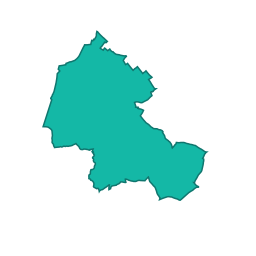 Iclod, Cluj, Romania, rotated 119°
{"feature_id": "2599482B98447640096119", "entity_name": "Iclod", "entity_type": "district", "adm_level": 2, "iso_a3": "ROU", "parent_name": "Romania", "parent_adm1": "Cluj", "projection": "natural_earth1", "projection_center": [23.813, 47.003], "detail": "fine", "context": "isolated", "style": "filled", "palette": "teal", "viewbox_px": 256, "rotation_deg": 119, "n_neighbors": 0, "source": "geoboundaries", "source_scale": "gbopen_adm2", "svg_char_len": 5766}
<svg xmlns="http://www.w3.org/2000/svg" viewBox="0 0 256 256"><g transform="rotate(119 128 128)"><path d="M168.0,202.9L167.0,200.9L166.7,200.5L166.0,198.4L166.0,197.5L166.3,195.2L166.7,194.1L167.0,193.4L167.9,192.7L171.3,190.4L173.7,189.6L174.4,189.2L175.0,188.6L175.9,188.1L177.3,187.5L177.8,186.9L178.1,186.0L178.4,185.5L178.7,185.1L179.7,184.3L180.3,183.1L180.7,182.8L178.4,179.6L178.2,179.1L177.0,178.0L176.9,177.1L176.5,176.4L175.5,175.7L175.0,175.3L174.8,174.8L174.6,173.9L173.7,173.0L173.4,172.5L173.3,171.9L173.0,171.4L172.0,170.3L171.7,169.8L170.4,168.4L168.7,167.4L168.2,166.9L168.1,166.7L166.8,166.0L167.3,164.9L168.0,162.1L168.5,161.3L169.0,160.7L169.5,159.7L169.6,159.2L169.6,158.8L169.1,157.6L168.7,157.0L168.1,156.7L167.8,156.3L167.1,154.9L167.0,154.4L166.7,153.9L166.7,153.4L166.3,152.8L166.3,152.0L166.0,151.0L165.9,150.7L165.3,150.9L163.3,148.3L165.7,147.9L165.9,147.8L165.9,147.4L165.7,146.8L165.8,146.6L166.1,146.5L166.4,146.7L166.5,147.3L166.9,146.7L166.7,146.1L167.2,145.5L167.4,145.5L167.7,145.2L167.7,144.9L168.1,144.6L168.1,144.4L169.2,144.2L170.7,144.7L171.3,144.5L171.5,144.3L171.6,143.5L171.8,143.2L172.2,142.8L173.3,142.5L173.8,142.0L174.2,141.4L174.3,141.1L174.3,140.2L174.4,139.9L174.7,139.5L175.6,139.0L176.3,138.9L177.7,138.9L179.1,138.2L180.1,138.2L180.6,138.4L181.5,138.9L182.0,139.6L182.1,139.9L182.3,140.1L182.5,140.2L184.1,139.8L184.7,139.6L185.9,138.9L186.4,138.7L186.8,138.8L187.4,139.2L187.6,139.3L188.7,139.1L189.8,138.5L190.2,138.1L190.9,137.9L191.1,137.8L191.3,137.5L191.2,137.0L191.0,136.5L191.0,136.0L191.7,135.4L191.7,135.1L191.6,134.6L191.5,134.0L191.6,133.2L192.1,132.1L192.7,131.3L193.0,131.0L194.3,130.3L195.8,129.9L196.1,129.6L196.3,129.0L196.3,128.3L196.2,127.6L196.3,126.8L196.3,126.0L196.0,125.6L195.3,125.1L195.3,124.9L195.5,124.3L196.2,123.4L197.4,122.4L196.8,122.4L196.1,122.1L196.0,121.9L195.3,121.6L194.9,121.3L194.4,120.6L194.2,120.4L190.9,118.9L191.1,118.9L190.3,118.5L187.1,117.1L186.8,116.7L189.6,115.7L190.3,115.3L191.1,114.8L189.5,113.8L188.9,114.1L188.4,114.2L187.4,114.2L186.6,113.9L186.0,113.4L183.7,110.5L183.0,110.4L181.6,109.3L181.2,109.1L181.1,108.9L180.7,108.8L179.9,108.4L178.8,108.4L178.3,107.5L178.2,107.2L177.8,106.4L177.4,105.0L177.1,104.6L177.1,104.1L176.6,103.5L174.1,105.6L173.8,105.3L173.6,104.8L173.4,103.8L173.3,101.9L173.0,100.8L172.9,100.0L172.6,99.0L172.2,98.1L172.1,97.4L171.8,96.8L171.0,95.3L169.7,94.3L169.1,93.8L168.4,92.9L167.8,91.4L165.9,87.6L165.4,87.6L161.4,86.6L161.0,86.4L164.1,83.2L164.4,82.7L165.5,79.3L166.2,77.7L166.3,76.8L166.4,76.5L166.5,76.5L166.7,75.7L167.2,75.0L169.1,72.8L171.2,70.7L172.0,69.5L172.3,68.6L173.5,66.5L173.6,66.1L175.4,65.7L172.4,63.3L169.1,60.3L168.1,58.8L167.9,57.9L167.3,56.8L167.2,56.4L167.0,54.3L166.6,52.0L166.1,50.0L166.2,49.6L166.2,48.4L165.9,47.4L165.4,47.2L164.6,46.8L155.1,43.5L152.8,42.3L151.0,41.2L148.9,40.5L147.2,39.7L146.5,39.1L145.6,37.7L145.4,37.7L145.1,38.0L145.2,39.6L145.0,41.0L143.8,44.0L143.5,43.4L143.2,43.4L142.2,43.6L141.7,43.7L140.6,43.7L138.4,43.6L135.1,43.7L130.9,42.8L129.7,42.8L128.9,43.0L124.1,44.4L122.4,45.0L121.3,45.5L120.1,45.8L118.5,46.7L118.5,47.5L118.4,48.0L117.0,47.9L113.7,48.3L112.6,48.0L111.7,48.0L110.9,47.6L111.3,48.5L111.4,49.5L111.3,50.5L111.2,51.4L111.0,53.8L111.1,54.6L111.0,57.6L110.7,59.6L110.7,61.0L111.1,61.8L111.4,63.6L111.7,64.6L112.3,66.1L112.3,66.5L112.6,67.7L113.1,69.3L113.4,71.4L113.6,72.1L115.0,74.7L116.2,76.3L117.2,78.7L117.6,78.6L118.3,78.3L120.0,78.8L122.4,79.1L124.0,79.6L123.7,80.0L122.9,80.3L122.4,81.0L121.3,82.1L121.0,82.6L120.0,84.6L119.9,85.3L119.9,85.8L119.6,86.4L119.2,89.5L118.9,90.5L117.0,92.3L115.8,94.5L115.2,95.6L114.9,95.8L114.5,95.5L114.4,95.5L114.2,95.8L113.8,96.7L113.8,97.3L113.8,98.0L114.0,99.1L114.4,99.9L114.6,101.2L114.6,102.3L115.4,103.8L116.1,105.3L116.1,105.9L115.9,106.5L115.9,108.2L114.9,111.7L114.7,114.7L114.0,116.6L113.6,117.8L113.1,119.1L111.4,123.1L107.7,122.8L105.0,123.0L105.0,123.9L105.3,126.2L105.9,127.7L105.6,128.0L105.5,128.3L105.9,128.4L106.1,129.0L105.0,129.3L106.1,131.4L105.1,131.8L104.7,132.3L103.9,133.1L102.5,134.7L101.2,133.5L100.6,132.5L100.1,131.1L100.0,130.6L99.9,130.0L99.6,128.9L99.3,128.4L98.6,127.6L97.9,127.3L93.8,124.5L89.8,123.4L88.1,122.7L85.8,125.4L85.3,125.4L85.0,125.2L84.8,124.9L84.7,124.4L84.2,124.0L83.7,124.0L83.5,123.7L82.8,123.8L82.6,123.6L82.1,123.6L80.6,122.8L80.1,122.6L80.2,122.8L80.9,123.2L80.9,123.3L80.7,123.7L80.5,124.3L78.3,128.5L76.8,131.0L75.6,133.5L72.8,131.9L72.0,131.6L71.2,135.3L70.8,136.2L70.5,137.1L69.3,140.0L70.7,140.4L71.7,141.0L73.2,141.5L69.8,149.5L71.7,150.2L72.9,150.9L75.1,151.5L73.5,155.6L71.7,159.7L72.8,160.2L73.7,160.9L72.1,163.4L71.4,164.8L70.2,164.9L69.6,164.8L69.1,164.9L67.2,164.5L66.2,164.1L66.0,164.3L65.8,164.8L66.6,165.9L67.0,166.9L67.9,169.6L68.1,170.4L68.1,170.8L68.6,172.2L68.6,172.3L68.8,172.7L69.2,173.8L69.2,174.0L69.3,174.3L69.3,175.0L68.8,177.8L68.6,178.0L68.8,178.3L68.9,179.5L68.5,180.9L67.8,182.2L69.0,182.7L70.2,183.2L69.4,187.2L69.6,187.3L71.9,187.4L71.8,190.9L70.8,191.1L69.6,190.5L68.6,190.5L67.2,190.3L66.2,190.2L65.5,190.0L64.3,190.2L64.0,189.7L64.2,189.1L64.2,188.9L64.0,188.6L63.6,188.3L62.7,188.3L62.3,188.1L61.0,193.2L61.0,193.6L59.9,197.7L59.0,200.3L58.6,201.2L58.8,201.3L58.7,202.0L60.8,201.4L62.7,200.4L63.9,200.2L67.0,200.3L67.0,200.9L67.0,201.0L68.8,201.1L69.0,202.2L73.0,201.1L73.5,201.9L75.1,204.1L76.3,206.3L78.0,206.1L79.1,206.2L86.4,205.8L88.3,205.7L89.8,205.8L92.1,206.3L94.6,207.3L95.0,207.6L97.7,209.9L98.2,210.7L98.8,211.3L100.2,212.3L101.5,213.5L102.4,213.3L102.8,213.1L105.1,215.8L107.0,218.3L110.4,217.5L111.2,215.3L114.8,216.2L118.4,214.6L123.3,212.8L131.8,210.4L134.8,210.1L135.5,210.2L136.8,209.9L139.4,210.0L139.7,209.8L140.0,209.3L140.0,208.7L140.2,208.4L168.0,202.9Z" fill="#14b8a6" stroke="#0f766e" stroke-width="1.5"/></g></svg>